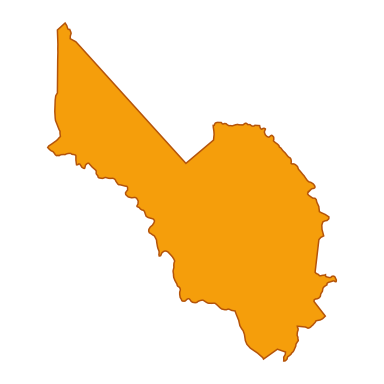 Viancelle, Vieux Fort, Saint Lucia
{"feature_id": "8701671B99904787478825", "entity_name": "Viancelle", "entity_type": "district", "adm_level": 2, "iso_a3": "LCA", "parent_name": "Saint Lucia", "parent_adm1": "Vieux Fort", "projection": "natural_earth1", "projection_center": [-60.968, 13.815], "detail": "fine", "context": "isolated", "style": "filled", "palette": "amber", "viewbox_px": 384, "rotation_deg": 0, "n_neighbors": 0, "source": "geoboundaries", "source_scale": "gbopen_adm2", "svg_char_len": 5993}
<svg xmlns="http://www.w3.org/2000/svg" viewBox="0 0 384 384"><path d="M47.7,147.5L49.4,149.4L50.9,150.6L51.6,151.0L52.1,151.2L53.2,151.8L54.3,153.2L55.3,154.7L56.4,155.6L57.1,155.7L57.8,155.3L58.1,155.3L58.8,155.7L59.5,155.5L59.8,155.2L60.5,154.9L61.1,154.7L63.4,154.5L64.3,154.6L65.1,154.6L66.6,153.8L68.8,153.4L70.7,153.4L71.8,154.2L72.5,154.4L73.6,154.5L74.8,154.8L75.6,155.2L75.9,155.8L75.9,160.1L76.5,164.8L76.9,164.9L77.3,164.8L77.6,164.6L78.2,164.5L78.5,164.1L78.8,163.9L79.3,164.0L79.8,164.1L80.7,165.4L81.8,167.2L82.5,167.6L83.5,168.3L84.5,168.4L84.8,168.0L85.1,166.7L85.5,165.2L85.9,164.7L86.9,163.7L88.0,163.2L88.7,163.2L90.8,165.5L91.8,166.7L93.0,167.8L95.3,169.8L95.8,170.3L96.2,170.9L96.2,173.4L96.3,173.9L97.2,175.1L97.8,175.8L98.1,177.1L99.0,177.9L101.5,178.3L102.6,178.4L103.8,178.0L104.7,177.6L105.1,177.5L105.8,177.5L107.9,178.1L108.8,178.3L109.9,178.4L112.8,178.3L113.8,178.6L114.7,179.2L115.4,180.0L116.0,181.4L117.9,184.1L118.7,184.7L120.1,184.8L121.4,185.1L125.2,186.1L126.8,186.3L127.5,187.2L127.6,187.6L127.6,190.0L126.4,191.4L125.5,192.9L125.7,194.4L126.2,195.1L128.2,196.9L129.5,197.3L131.6,197.8L132.6,197.7L134.9,197.4L136.1,197.9L136.6,198.2L137.6,199.9L138.2,201.0L138.0,204.0L137.0,205.7L137.0,206.5L137.7,206.9L139.0,207.4L139.6,208.0L140.4,209.0L142.0,210.0L143.5,210.3L144.1,211.0L144.6,211.9L145.6,214.8L146.2,216.3L148.1,217.5L153.0,218.9L153.7,219.4L154.5,220.9L154.4,221.3L154.1,222.5L152.5,225.1L150.3,227.0L149.1,228.9L148.8,229.6L148.7,231.1L149.3,232.7L151.2,233.8L152.8,235.0L154.1,235.7L154.8,236.7L155.6,238.2L156.5,240.0L156.7,242.2L157.5,246.8L157.9,248.3L159.1,251.4L159.1,253.1L158.9,254.6L159.2,256.0L159.9,256.0L160.7,255.6L161.4,253.9L162.1,252.6L164.1,251.2L165.2,251.0L166.5,251.2L168.0,252.0L171.3,255.5L172.4,256.8L173.8,259.0L174.7,261.0L174.0,263.1L173.8,265.2L173.9,267.4L173.1,270.8L173.1,271.5L173.5,274.3L173.5,275.2L173.7,277.3L174.8,280.2L175.8,282.1L176.8,283.8L177.3,285.6L177.6,286.1L179.4,287.3L179.7,287.7L180.1,288.6L180.3,289.2L180.3,289.8L180.2,290.6L179.8,291.7L179.7,292.4L179.7,294.4L180.2,297.5L181.3,299.3L181.6,300.1L181.9,300.6L182.1,300.9L182.7,301.1L184.4,301.2L185.3,300.9L187.1,299.2L187.7,298.9L188.3,298.7L188.8,298.8L189.3,298.9L190.0,299.6L190.8,300.9L191.5,301.6L192.6,302.3L194.3,302.6L195.5,302.7L196.9,302.4L197.6,301.7L198.7,301.1L200.0,300.6L202.3,300.1L203.3,300.3L206.5,302.4L208.2,303.2L211.8,303.3L213.3,303.2L214.5,303.2L215.2,303.4L216.6,304.5L220.2,307.9L221.7,309.0L224.7,309.7L226.5,309.7L227.4,309.3L228.4,309.1L228.9,309.2L230.0,309.6L231.6,310.4L234.0,310.8L235.0,310.9L236.3,314.4L238.7,320.3L239.9,325.7L241.7,328.8L243.1,330.6L244.4,334.3L245.4,340.7L246.9,344.3L250.4,348.2L257.6,353.1L262.8,357.7L263.5,359.1L277.4,349.2L285.5,352.0L285.3,354.4L284.8,355.3L283.8,357.0L283.7,357.6L283.8,359.1L283.7,361.0L284.9,361.0L285.9,360.3L287.1,359.0L287.3,357.8L287.7,356.8L289.7,355.4L291.1,354.1L291.6,353.1L293.0,351.8L293.8,350.6L295.8,346.0L295.9,344.3L297.4,341.8L298.2,340.8L298.3,340.2L297.9,338.8L297.9,337.2L297.1,335.3L297.2,334.0L297.4,332.0L298.1,330.0L298.1,328.7L297.4,327.0L297.3,326.2L305.4,327.0L307.0,327.7L307.7,328.1L308.6,328.1L309.6,327.7L310.7,327.0L311.5,326.1L312.7,325.2L313.6,324.1L314.9,322.7L315.7,321.6L316.0,320.8L316.9,320.6L320.1,320.0L322.5,318.8L323.9,317.5L325.3,316.1L314.0,301.5L314.0,301.4L314.2,299.8L315.7,298.9L316.9,298.9L318.8,298.1L320.3,296.5L320.8,293.8L322.4,291.3L322.9,288.3L324.2,286.6L327.0,284.8L326.9,284.3L326.9,283.8L327.1,283.4L327.6,282.9L328.6,282.3L330.5,281.8L332.9,281.0L333.6,280.9L334.3,281.0L335.0,281.6L335.5,281.7L336.0,281.7L336.2,281.4L336.3,281.0L336.3,279.9L334.9,276.9L334.3,276.4L333.4,276.1L332.4,276.2L332.0,276.3L331.7,276.5L330.8,277.4L330.4,277.5L329.6,277.6L328.7,277.4L327.1,277.0L325.8,276.5L325.6,276.1L325.5,274.7L324.6,275.1L322.0,275.4L320.8,275.8L319.5,275.7L318.3,274.4L316.3,273.5L315.9,273.2L315.5,272.5L315.1,272.2L318.9,239.6L320.8,237.4L323.7,235.9L322.0,229.4L321.8,225.1L322.8,222.0L324.7,220.9L327.0,220.5L328.8,218.8L328.9,216.9L325.3,214.5L320.9,212.5L319.4,211.6L318.8,206.5L316.8,202.2L316.2,199.5L315.0,198.3L312.7,198.1L308.7,195.3L307.6,194.0L308.1,191.9L309.6,190.6L309.5,191.0L311.2,189.2L312.0,188.7L313.7,188.4L314.6,187.9L314.9,187.4L315.0,187.0L314.8,186.1L314.2,185.1L313.4,184.1L313.0,183.7L310.7,182.3L310.2,182.2L309.0,181.9L307.4,180.6L305.4,177.8L304.0,175.7L302.7,174.3L300.2,171.2L298.6,169.4L298.1,168.4L297.8,167.2L297.6,166.8L296.7,165.7L295.3,164.6L294.1,164.0L293.7,163.9L292.2,163.9L291.7,163.8L291.2,163.5L291.1,163.4L291.1,163.1L291.3,161.6L291.1,160.0L290.9,159.1L290.4,158.3L290.0,157.8L289.0,157.3L288.2,156.7L287.0,155.3L286.3,154.3L285.4,153.3L285.2,152.9L284.0,151.8L282.7,150.5L281.0,148.2L280.2,147.5L279.8,147.4L279.3,146.9L279.0,145.8L278.5,145.1L277.2,143.9L275.2,142.5L273.5,141.0L273.5,140.4L273.8,139.4L273.7,137.3L273.6,137.0L272.6,135.9L272.0,135.4L271.6,135.3L271.1,135.5L270.5,135.9L269.2,137.0L268.8,137.2L268.5,137.1L267.0,136.5L265.6,135.2L265.0,134.1L264.4,132.3L264.5,131.3L265.4,129.2L265.4,128.9L265.1,128.7L264.2,128.3L263.6,128.3L262.8,128.5L261.8,129.2L261.4,129.2L260.6,128.4L260.1,127.7L259.8,126.6L259.6,125.6L254.9,125.3L253.9,126.1L252.2,126.1L251.4,125.7L250.0,124.6L247.8,124.6L246.8,123.6L245.9,123.2L245.0,123.4L242.9,124.9L241.1,124.9L239.0,124.8L237.5,124.4L235.5,124.8L232.2,125.9L230.5,125.6L228.9,125.7L227.2,124.7L226.1,123.7L224.5,123.5L223.2,124.0L222.3,123.8L221.2,122.5L217.2,122.4L215.4,123.0L214.3,124.7L214.2,125.4L213.5,125.7L213.2,125.6L213.3,127.4L213.9,131.2L214.1,134.4L213.5,140.1L185.9,163.4L75.9,41.8L70.2,38.7L70.3,36.0L71.1,33.4L70.9,32.3L69.7,29.4L68.3,29.4L67.7,28.5L66.7,25.5L65.1,23.0L57.4,30.0L57.9,44.2L57.8,49.0L57.9,52.4L57.7,59.7L57.4,93.0L56.4,94.6L55.7,96.0L55.2,100.1L54.8,111.4L55.2,118.0L55.5,120.5L59.1,129.6L60.0,131.2L60.0,133.2L60.4,136.5L58.5,138.4L57.6,139.6L56.8,140.2L56.2,140.8L54.5,142.0L51.7,144.0L48.8,145.9L47.7,147.5Z" fill="#f59e0b" stroke="#b45309" stroke-width="1.5"/></svg>